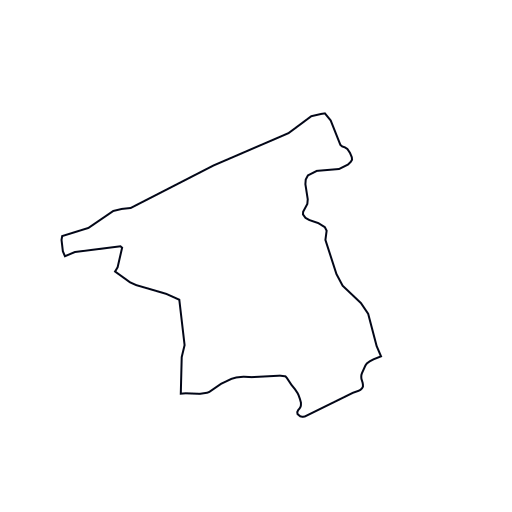 the Province of Barletta-Andria Trani, rotated 308°
{"feature_id": "ITA-5405", "entity_name": "Barletta-Andria Trani", "entity_type": "Province", "adm_level": 1, "iso_a3": "ITA", "parent_name": "Italy", "parent_adm1": "", "projection": "mercator", "projection_center": [16.158, 41.179], "detail": "fine", "context": "isolated", "style": "outline", "palette": "ink", "viewbox_px": 512, "rotation_deg": 308, "n_neighbors": 0, "source": "natural_earth", "source_scale": "10m", "svg_char_len": 1363}
<svg xmlns="http://www.w3.org/2000/svg" viewBox="0 0 512 512"><g transform="rotate(308 256 256)"><path d="M152.4,91.0L175.0,106.7L203.6,115.8L210.5,121.3L216.7,127.7L301.2,166.8L372.9,206.0L400.2,213.5L408.2,220.0L410.8,222.5L408.8,231.4L395.5,254.1L395.4,256.5L396.3,259.0L396.6,262.1L395.1,266.6L392.8,270.7L391.0,272.4L388.6,272.7L384.7,272.2L375.7,267.9L360.5,251.5L351.5,247.3L346.9,248.1L343.0,250.7L332.5,261.9L328.6,264.4L319.9,265.9L317.7,267.4L316.5,271.5L317.2,276.0L320.3,284.9L321.1,292.5L319.4,296.1L311.4,300.8L291.3,330.5L285.9,342.6L283.5,367.7L279.5,380.0L259.3,406.5L253.9,416.3L247.1,412.3L243.1,410.5L239.6,409.5L237.2,409.6L229.0,411.6L227.1,412.3L225.5,413.4L224.1,414.7L221.8,418.0L220.4,419.5L218.9,420.7L217.0,421.0L214.8,420.7L212.9,419.8L207.9,416.6L159.6,393.3L158.0,391.8L156.9,389.6L157.0,386.1L158.4,384.6L160.6,384.1L162.6,384.2L164.3,384.0L165.5,383.6L166.7,382.8L168.1,381.7L170.4,378.6L172.6,375.1L173.5,373.3L175.0,368.8L176.3,363.2L178.9,355.4L179.3,353.3L176.5,348.6L157.9,327.2L153.2,320.5L148.2,315.3L144.1,312.3L133.9,307.2L120.2,302.9L118.3,301.8L112.8,296.6L104.6,285.2L101.2,281.5L130.6,259.7L141.8,254.6L174.3,222.5L170.9,208.6L159.3,179.5L157.7,172.9L157.0,154.5L161.9,153.9L180.1,145.4L180.2,143.2L147.6,110.8L138.2,105.6L140.8,100.9L149.0,92.8L152.4,91.0Z" fill="none" stroke="#020617" stroke-width="2"/></g></svg>